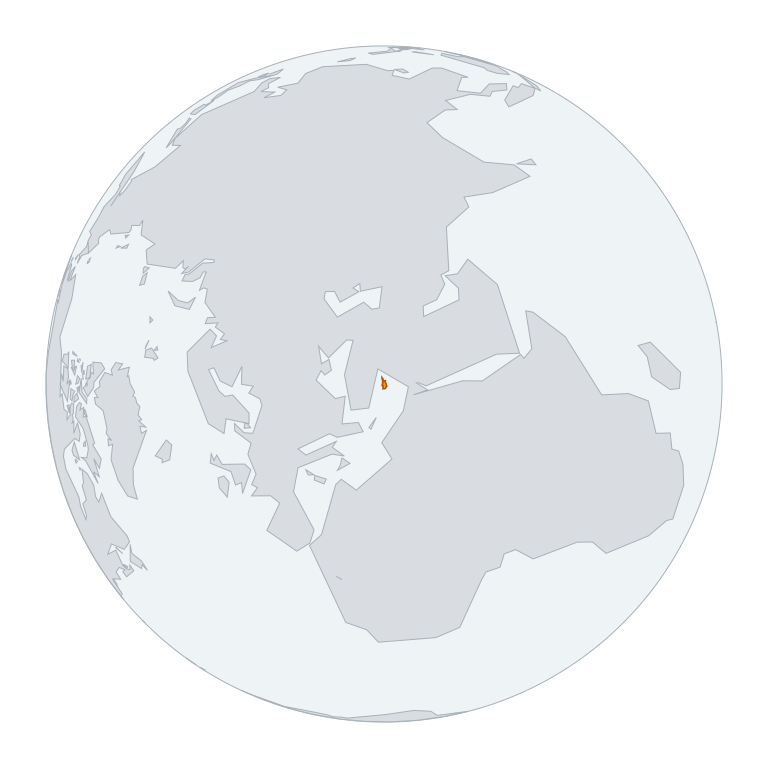 Cyprus on an orthographic globe, rotated 282°
{"feature_id": "CYP", "entity_name": "Cyprus", "entity_type": "country or territory", "adm_level": 0, "iso_a3": "CYP", "parent_name": "Asia", "parent_adm1": "", "projection": "orthographic", "projection_center": [33.299, 35.116], "detail": "fine", "context": "on_globe", "style": "filled", "palette": "amber", "viewbox_px": 768, "rotation_deg": 282, "n_neighbors": 0, "source": "natural_earth", "source_scale": "50m", "svg_char_len": 11194}
<svg xmlns="http://www.w3.org/2000/svg" viewBox="0 0 768 768"><g transform="rotate(282 384 384)"><circle cx="384" cy="384" r="338" fill="#eef3f6" stroke="#a8b0b8"/><path d="M325.5,51.2L345.0,49.1L385.2,47.9L399.1,47.4L395.1,48.4L422.4,48.4L445.1,51.7L418.6,48.4L415.3,48.5L430.3,50.4L430.1,51.1L437.2,52.7L435.6,53.7L420.3,52.7L419.0,53.6L429.7,55.0L434.8,57.6L419.4,55.2L426.8,59.7L402.5,60.9L362.5,57.2L348.1,61.9L304.3,69.8L307.4,71.2L292.7,76.3L290.8,80.1L283.2,81.4L288.3,83.5L295.5,81.8L300.2,82.3L299.7,84.7L290.0,86.3L288.8,85.4L285.7,87.2L281.0,87.1L283.1,88.5L271.3,90.8L282.2,92.2L272.1,97.2L264.6,97.8L266.5,92.8L253.7,84.9L246.6,85.5L234.7,90.5L209.8,109.2L201.5,112.5L189.4,120.6L193.4,120.4L204.3,114.3L208.7,117.0L221.5,110.1L225.2,110.6L237.9,106.3L234.6,112.4L224.6,121.1L213.9,125.3L209.2,129.6L218.3,130.6L197.4,144.4L181.9,164.4L176.7,167.9L168.3,164.3L170.9,150.6L160.0,149.3L165.7,156.2L152.4,166.2L149.7,170.7L149.6,174.2L154.1,173.0L149.3,178.1L141.9,172.3L146.1,167.6L148.4,169.2L149.6,163.2L144.5,161.0L138.2,167.0L137.2,159.8L132.7,164.3L129.9,165.8L137.2,158.8L124.1,171.7L121.9,170.7L119.1,174.2L135.0,155.5L152.3,138.1L170.7,121.9L190.3,107.1L211.0,93.7L232.5,81.9L254.9,71.7L277.9,63.2L301.5,56.3L325.5,51.2ZM54.8,307.5L53.3,315.4L52.8,317.3L47.9,353.7L48.5,381.9L48.6,398.4L47.9,403.2L49.4,412.5L49.5,417.4L60.8,453.7L70.9,481.1L73.6,497.8L71.0,505.1L81.3,534.2L70.7,510.6L61.9,486.2L55.0,461.3L50.1,435.9L47.1,410.3L46.1,384.4L47.0,358.6L50.0,332.9L54.8,307.5ZM334.7,49.7L332.9,50.0L332.5,50.0L334.7,49.7ZM409.2,47.4L401.2,46.9L409.0,47.3L409.2,47.4ZM438.4,52.8L440.8,52.9L443.5,53.8L438.4,52.8ZM238.8,103.3L238.3,104.7L236.2,104.8L238.8,103.3ZM244.7,100.3L242.6,99.3L245.1,97.7L246.4,98.3L244.7,100.3ZM443.6,56.4L447.2,58.2L440.9,56.1L443.6,56.4ZM246.7,102.0L249.8,95.1L254.3,92.6L262.8,93.1L246.7,102.0ZM447.5,59.2L456.5,64.5L462.5,64.8L450.6,67.7L446.9,61.7L438.2,58.8L445.2,59.9L447.5,59.2ZM298.1,80.3L290.3,82.2L297.2,78.5L298.1,80.3ZM301.4,77.9L316.0,67.4L327.2,66.3L320.0,69.7L335.0,67.1L333.3,71.6L324.7,74.1L317.8,73.8L322.4,75.9L301.4,77.9ZM442.6,68.8L442.5,70.3L439.7,68.7L442.6,68.8ZM302.6,82.3L304.5,80.0L314.4,78.8L312.3,83.2L309.8,82.1L302.6,82.3ZM339.7,64.5L346.7,64.8L347.3,68.4L350.1,69.0L334.2,71.7L339.7,64.5ZM307.3,83.6L311.0,85.5L305.9,88.4L301.3,84.5L307.3,83.6ZM317.9,76.7L322.5,76.5L319.2,78.0L317.9,76.7ZM290.0,100.7L292.1,97.4L297.4,96.4L290.0,100.7ZM312.7,86.1L314.5,85.1L316.8,84.5L318.1,86.4L312.7,86.1ZM335.7,74.3L334.5,76.0L342.2,73.4L343.0,76.4L332.2,77.8L337.2,78.5L337.4,79.5L328.4,79.6L335.7,74.3ZM326.5,86.7L313.2,90.3L308.1,96.3L303.2,97.2L312.2,87.5L326.5,86.7ZM328.4,82.5L326.1,85.2L321.2,84.7L319.7,82.5L328.4,82.5ZM347.3,78.2L348.9,73.1L351.2,73.0L347.3,78.2ZM326.0,88.5L329.2,87.6L326.2,88.9L326.0,88.5ZM341.9,81.3L342.1,79.4L344.7,79.3L341.9,81.3ZM335.5,87.7L331.2,88.7L330.0,87.1L335.5,87.7ZM339.2,84.8L342.7,85.2L332.2,86.0L338.9,83.9L339.2,84.8ZM344.3,81.5L345.9,80.9L343.8,82.4L344.3,81.5ZM342.3,93.6L329.4,94.9L326.9,91.2L339.8,90.3L342.3,93.6ZM146.7,487.4L130.3,432.2L140.0,418.2L142.8,396.2L210.6,344.7L223.7,354.2L275.6,357.7L281.9,362.0L274.4,379.0L312.3,407.4L326.2,394.0L361.8,408.5L386.4,408.4L397.5,374.8L357.3,374.1L351.6,357.2L384.9,343.4L420.3,344.7L419.3,338.3L398.0,324.3L407.3,312.2L390.8,318.6L396.6,325.1L386.5,329.7L380.5,324.1L384.0,319.7L373.7,316.7L359.6,339.4L364.0,348.6L336.2,351.2L341.0,367.0L333.0,373.6L322.1,349.4L324.0,341.0L302.7,313.4L298.2,322.3L318.0,349.3L311.3,346.6L305.3,360.2L304.6,347.8L284.2,317.3L259.8,317.9L226.8,345.9L213.0,344.6L202.4,333.4L216.5,299.8L245.7,306.8L251.1,296.4L247.0,277.7L256.2,281.8L258.1,275.5L269.3,277.6L286.9,265.5L298.5,266.3L307.2,247.7L314.3,246.0L307.2,257.2L308.5,266.0L337.6,269.1L343.8,265.6L347.0,253.6L354.7,256.6L354.1,244.7L371.7,241.4L349.7,235.9L352.9,223.1L364.5,214.3L361.6,209.4L342.8,224.1L338.8,231.0L341.8,238.3L327.6,258.0L317.2,260.2L317.1,236.8L302.3,237.8L308.7,220.4L355.6,189.6L374.2,184.8L401.5,202.5L396.2,210.2L383.7,207.4L393.6,221.4L393.6,214.7L399.9,217.6L404.6,207.2L409.3,208.8L405.8,196.6L412.1,197.5L414.2,205.2L426.5,191.9L440.1,191.5L440.6,187.8L437.3,184.0L456.7,186.8L456.2,184.0L449.7,182.0L444.5,175.4L442.8,165.1L449.6,166.6L451.1,170.5L464.5,181.5L467.5,192.4L470.1,192.1L469.2,183.0L452.8,169.5L449.9,163.0L458.5,168.3L455.2,165.8L455.9,163.1L462.9,162.1L453.8,155.9L452.1,127.4L465.6,123.5L473.4,130.8L479.4,115.4L494.1,114.1L488.1,111.9L486.8,104.3L482.2,104.5L479.2,103.0L473.9,85.7L478.0,83.5L468.9,75.4L465.7,74.6L462.2,75.6L450.6,67.7L462.5,64.8L468.9,66.8L472.0,64.4L486.3,69.6L499.6,73.5L513.5,81.9L522.8,85.0L522.9,83.8L535.6,87.8L561.3,101.7L540.0,95.4L501.2,79.7L517.0,86.0L513.3,86.4L518.9,90.0L530.0,94.9L531.4,94.3L548.5,114.6L575.0,135.3L573.5,127.3L580.7,128.5L609.6,149.6L643.1,196.2L653.1,201.8L659.1,209.1L662.4,219.0L653.7,208.4L649.8,209.6L644.4,202.7L646.8,216.4L639.1,207.1L644.8,223.1L651.5,227.7L652.2,218.4L660.4,237.3L671.4,242.8L681.6,258.1L693.0,300.1L691.2,322.4L692.9,328.5L687.6,327.8L687.5,345.3L703.0,365.4L705.0,374.5L701.5,402.5L700.2,396.3L686.1,394.4L688.5,417.9L699.4,424.6L703.3,441.3L697.2,443.1L692.6,429.0L687.5,427.8L685.3,408.3L674.2,385.4L667.7,398.5L664.8,387.0L648.6,371.7L637.3,389.8L621.8,435.7L625.4,465.8L617.5,483.6L593.8,450.5L583.5,423.4L574.8,430.2L550.5,412.4L508.3,423.8L502.4,416.9L494.4,422.7L477.4,418.0L468.5,406.1L458.2,408.8L481.9,439.9L493.1,437.0L502.6,421.3L507.1,433.0L523.5,440.0L504.8,474.3L442.3,510.2L436.6,487.9L390.9,425.5L392.5,417.8L392.3,417.0L391.8,415.5L387.3,427.9L379.5,415.0L403.5,460.3L407.4,479.5L441.4,511.6L438.1,515.5L449.2,521.3L485.1,507.4L485.2,514.9L468.0,551.4L418.6,599.2L425.5,625.1L422.4,646.1L392.3,660.4L395.6,674.2L380.2,679.1L379.7,686.2L367.6,693.1L347.3,698.2L312.0,694.6L309.2,688.8L290.6,674.4L264.5,636.4L272.8,620.7L269.4,605.7L243.9,566.2L249.4,547.2L242.8,536.9L228.9,535.6L221.3,522.8L213.0,520.2L161.7,508.7L146.7,487.4ZM186.0,377.3L183.9,383.7L186.0,377.3ZM457.4,363.6L478.8,361.8L469.8,341.6L477.3,339.5L471.5,333.7L469.0,340.2L454.9,324.0L464.3,316.4L462.1,307.4L454.7,307.7L439.7,324.5L459.8,347.2L454.6,356.6L457.4,363.6ZM53.3,315.8L52.2,321.3L52.7,318.1L53.3,315.8ZM68.8,262.9L66.9,269.0L67.9,265.2L68.8,262.9ZM75.0,247.1L70.3,258.7L71.3,255.8L75.0,247.1ZM102.8,196.6L100.6,200.0L101.0,199.4L102.8,196.6ZM152.9,166.5L153.3,167.1L152.1,171.3L150.5,170.7L152.9,166.5ZM160.5,183.5L152.5,191.4L157.0,185.0L153.1,185.2L157.7,172.7L174.3,169.0L165.9,172.6L160.5,183.5ZM168.4,156.1L163.7,163.7L168.2,155.6L168.4,156.1ZM257.6,241.2L260.8,246.5L255.6,253.0L240.8,254.2L248.2,244.5L257.6,241.2ZM266.5,252.6L270.5,230.4L279.9,229.5L274.0,233.6L279.7,235.2L271.7,242.4L276.7,264.2L272.5,271.6L247.5,268.4L258.0,265.1L254.3,259.8L266.5,252.6ZM264.3,182.8L266.2,175.2L284.0,182.7L280.2,189.1L265.2,190.1L260.9,183.3L264.3,182.8ZM261.1,105.1L260.7,103.1L263.4,102.5L265.9,103.6L261.1,105.1ZM290.5,99.2L265.8,113.3L264.1,111.6L251.8,123.0L242.3,123.2L250.6,115.6L234.1,124.8L237.8,118.1L227.2,125.1L246.7,108.3L249.3,103.3L249.9,108.6L258.5,108.4L263.1,106.8L277.9,99.0L287.9,89.1L298.0,88.0L302.5,90.0L301.7,92.2L295.4,92.0L298.7,95.1L289.0,96.6L290.5,99.2ZM349.3,124.2L342.4,121.2L347.5,131.4L337.8,131.4L339.0,132.6L331.4,135.7L324.2,141.8L320.0,140.9L319.0,143.7L314.0,146.1L311.3,149.8L302.7,149.8L298.7,154.4L296.9,151.8L292.3,160.0L291.9,154.0L285.3,157.1L289.2,161.3L249.7,156.0L233.4,159.8L220.1,166.7L221.2,156.5L234.5,144.0L253.1,132.8L268.6,131.1L266.3,127.3L273.1,125.5L272.1,129.3L277.7,122.6L282.9,122.3L299.5,114.8L304.3,106.1L310.5,103.6L311.3,106.8L316.9,102.1L322.6,106.7L327.1,105.1L337.3,108.6L336.1,116.5L341.3,114.2L349.2,117.2L349.3,124.2ZM344.9,94.7L345.8,103.1L340.8,107.6L325.2,99.9L320.3,100.7L310.2,96.8L317.6,90.6L319.8,92.2L323.6,92.4L319.8,94.2L325.8,92.9L329.0,95.3L334.6,95.0L333.3,97.7L344.9,94.7ZM289.9,356.4L294.9,358.0L302.9,358.3L299.3,367.3L289.9,356.4ZM275.6,335.7L280.2,335.4L279.0,347.4L273.8,346.1L275.6,335.7ZM283.9,325.4L280.6,334.4L279.3,328.8L283.9,325.4ZM311.6,256.5L316.7,255.8L316.8,258.7L313.5,262.6L311.6,256.5ZM362.5,157.5L359.3,154.3L361.1,153.0L360.4,144.3L367.6,144.0L370.8,149.2L362.5,157.5ZM390.1,380.7L382.4,387.2L379.0,384.0L382.3,382.4L390.1,380.7ZM338.2,378.3L349.6,383.4L337.1,380.7L338.2,378.3ZM370.2,155.7L369.1,152.0L373.4,154.2L370.2,155.7ZM372.8,143.4L378.0,145.1L368.4,143.0L372.8,143.4ZM512.5,696.5L514.1,695.8L514.6,695.7L512.5,696.5ZM480.3,635.8L457.1,671.7L441.1,673.9L438.1,665.2L446.7,644.3L465.4,635.8L474.5,624.5L480.3,635.8ZM715.7,448.7L715.5,449.3L716.3,445.5L716.4,444.9L715.7,448.7ZM715.4,449.7L707.4,471.3L703.2,476.4L705.0,469.7L711.8,457.1L715.4,449.7ZM704.6,470.3L697.2,469.9L681.0,448.5L686.9,443.0L702.6,448.3L701.8,453.5L706.4,456.1L704.6,470.3ZM719.5,414.0L718.5,427.5L714.8,438.6L712.7,442.1L711.4,430.2L712.2,420.1L714.2,415.9L717.5,371.4L719.5,371.8L719.5,388.6L720.9,394.2L719.5,414.0ZM626.9,467.8L634.8,481.2L630.0,487.0L626.9,467.8ZM715.5,345.4L716.4,364.3L714.6,342.1L715.5,345.4ZM712.5,326.8L714.1,332.3L712.2,329.4L712.5,326.8ZM696.0,336.8L694.0,342.9L692.4,338.8L693.8,328.7L696.0,336.8ZM689.4,271.4L695.3,283.6L697.1,288.6L693.3,283.5L689.4,271.4ZM430.0,153.5L422.9,165.5L422.5,175.1L429.8,181.6L416.5,178.1L417.1,163.2L430.0,153.5ZM448.7,130.2L442.2,125.4L446.9,124.6L449.1,125.6L448.7,130.2ZM443.5,129.2L432.0,128.8L429.7,124.4L439.1,125.5L443.5,129.2ZM401.1,141.1L398.5,144.5L395.1,142.4L401.1,141.1ZM721.8,393.2L721.6,399.3L721.5,400.2L721.2,405.7L721.3,404.6L721.0,409.6L719.7,422.9L719.6,423.2L720.5,412.9L721.3,395.0L721.5,385.9L721.8,373.9L721.8,375.7L721.4,393.4L721.5,398.8L721.9,389.9L721.8,393.2ZM720.1,350.0L718.8,345.3L719.2,354.0L716.8,330.1L718.7,338.5L720.1,350.0ZM716.5,332.4L717.0,340.4L715.4,327.6L716.5,332.4ZM716.2,338.2L714.6,331.7L715.0,329.1L716.2,338.2ZM716.5,330.3L713.7,317.6L715.3,322.8L716.5,330.3ZM710.1,317.8L713.8,321.4L711.7,326.6L704.1,304.6L704.4,299.8L710.1,317.8ZM664.3,207.0L660.0,202.3L658.2,197.2L661.7,201.9L664.3,207.0ZM648.3,178.6L656.3,194.4L662.0,208.3L663.7,208.2L671.2,220.1L664.8,215.0L655.7,198.1L652.6,189.5L645.4,180.6L639.1,170.6L630.0,162.1L625.1,156.0L632.3,161.3L648.3,178.6ZM626.2,158.9L608.2,143.1L607.9,138.6L611.8,141.0L620.2,149.9L619.8,151.7L626.2,158.9ZM603.7,138.2L603.2,140.0L575.6,125.7L569.7,121.8L590.6,129.0L591.2,131.3L598.0,136.0L603.7,138.2ZM446.1,70.6L442.8,70.3L444.9,69.6L446.1,70.6ZM476.7,103.3L473.0,101.1L475.5,99.9L476.7,103.3ZM464.0,94.7L463.7,97.5L461.2,93.8L464.0,94.7ZM463.5,104.3L462.2,98.3L467.5,105.0L463.5,104.3Z" fill="#d9dde1" stroke="#a8b0b8" stroke-width="1"/><path d="M387.5,384.4L387.6,384.7L387.1,384.8L386.5,384.9L386.2,384.8L385.9,384.9L385.0,385.8L384.6,386.2L384.0,386.3L383.4,386.5L383.1,386.5L382.9,386.6L382.7,386.8L382.7,387.0L382.3,387.2L382.1,386.8L381.9,386.7L381.3,386.8L381.1,386.7L380.2,386.4L379.9,386.3L379.7,386.0L379.3,384.9L379.2,384.2L379.6,384.4L380.0,384.1L380.4,383.8L380.9,383.6L381.2,383.7L381.5,383.7L382.0,383.6L382.2,383.0L382.3,382.4L383.2,382.6L384.0,382.7L384.8,382.7L385.5,382.6L387.7,381.9L388.3,381.4L388.7,381.3L389.3,380.9L390.0,380.7L389.6,381.2L387.1,383.0L386.9,383.5L387.0,383.8L387.4,384.3L387.5,384.4Z" fill="#f59e0b" stroke="#b45309" stroke-width="1.5"/></g></svg>